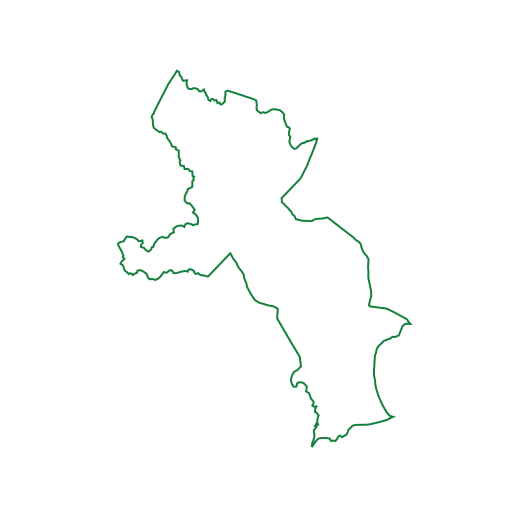 outline of Camaquã, Rio Grande do Sul, Brazil, rotated 346°
{"feature_id": "56859067B61362337582377", "entity_name": "Camaquã", "entity_type": "district", "adm_level": 2, "iso_a3": "BRA", "parent_name": "Brazil", "parent_adm1": "Rio Grande do Sul", "projection": "natural_earth1", "projection_center": [-51.838, -30.928], "detail": "fine", "context": "isolated", "style": "outline", "palette": "green", "viewbox_px": 512, "rotation_deg": 346, "n_neighbors": 0, "source": "geoboundaries", "source_scale": "gbopen_adm2", "svg_char_len": 4958}
<svg xmlns="http://www.w3.org/2000/svg" viewBox="0 0 512 512"><g transform="rotate(346 256 256)"><path d="M131.9,244.7L133.1,244.0L136.7,243.4L137.4,241.5L140.4,241.7L142.8,243.7L145.5,246.8L146.1,251.2L147.3,252.9L149.2,252.9L152.6,254.8L154.9,254.6L158.2,252.9L162.6,249.3L163.7,250.1L165.7,250.5L168.3,249.1L170.0,249.1L171.4,250.5L171.9,252.7L174.3,253.3L180.7,253.1L184.0,253.5L186.0,254.7L187.0,253.1L188.8,252.7L192.0,255.2L192.3,257.5L193.1,258.8L195.9,258.7L196.5,260.1L198.1,261.4L200.2,262.0L204.4,264.4L231.7,247.1L233.3,253.2L235.5,258.1L235.5,259.9L236.4,263.2L238.1,266.7L239.5,270.9L239.1,274.4L240.0,279.6L239.9,284.3L241.9,291.8L244.1,298.2L247.5,301.9L256.2,307.0L260.8,309.1L264.4,312.5L261.4,321.6L269.9,350.9L274.1,364.4L273.8,366.5L273.2,372.3L273.0,374.0L268.7,376.6L265.1,377.6L263.3,379.2L262.0,380.8L259.9,384.5L259.7,388.5L260.9,391.9L263.2,392.5L264.3,391.6L264.8,389.9L266.3,389.0L268.1,389.1L270.0,389.8L271.7,391.2L273.7,394.7L271.9,399.5L274.4,402.1L274.9,407.8L276.5,411.1L276.2,412.9L274.5,414.6L275.5,416.0L278.2,416.7L276.2,419.2L275.6,421.6L277.0,422.9L278.2,425.9L277.0,427.3L275.2,431.9L275.4,434.1L274.0,433.2L272.3,435.2L274.0,435.4L272.7,437.2L270.2,438.7L269.6,440.8L269.4,444.2L267.0,449.0L265.5,450.7L264.0,454.9L268.4,450.8L271.6,448.6L273.5,448.2L279.6,449.3L283.4,451.1L283.9,453.5L286.0,453.7L288.1,454.7L290.4,453.3L291.7,451.3L294.1,450.6L295.7,452.6L298.1,451.9L300.0,451.3L301.2,450.6L302.5,448.9L303.7,447.0L305.4,446.0L308.7,444.0L311.8,444.0L323.6,446.7L331.1,447.0L342.6,446.8L350.1,445.2L347.5,443.8L346.1,441.6L345.4,440.0L344.7,438.3L342.6,430.7L341.0,421.9L340.5,413.6L340.8,408.9L341.5,404.9L341.6,400.5L342.5,396.6L347.4,381.1L349.0,379.0L350.0,376.6L352.2,373.7L359.6,369.3L367.0,368.4L368.8,367.4L371.2,368.2L375.4,367.6L381.2,359.5L383.2,358.4L385.4,358.0L387.4,358.7L389.4,359.2L388.4,357.6L387.1,353.9L380.6,347.8L371.9,340.1L369.7,338.5L354.6,332.6L353.6,331.0L358.2,322.5L359.3,317.2L359.3,314.1L359.5,310.8L359.6,307.7L359.7,304.5L360.5,301.4L361.2,298.8L361.7,296.5L361.9,294.5L362.9,291.2L364.3,286.7L364.0,284.7L363.2,282.1L361.9,280.0L360.8,276.4L360.5,273.7L360.5,269.8L359.4,267.4L356.5,264.3L354.8,261.3L348.3,253.1L335.7,237.1L334.7,235.9L328.9,235.7L326.9,235.2L325.4,234.9L323.6,234.8L321.6,234.7L318.4,235.7L315.6,234.7L313.3,234.1L309.2,232.9L307.5,232.0L303.6,229.9L303.0,226.5L301.3,224.1L301.0,221.7L300.0,220.0L299.0,217.8L297.2,214.9L294.1,209.9L294.7,207.8L294.7,206.1L305.6,199.3L307.5,198.1L314.4,193.8L318.2,191.3L327.5,180.6L332.1,174.0L334.3,171.2L342.0,160.3L344.2,156.2L342.5,157.3L341.2,156.2L337.6,157.2L336.1,157.0L334.6,157.4L333.1,156.8L331.8,157.6L329.8,157.9L327.5,157.7L322.3,160.6L320.6,161.5L318.9,161.2L317.4,159.3L316.5,157.0L315.9,153.9L316.9,150.9L318.2,148.8L317.2,146.7L318.2,143.4L319.7,140.6L319.0,139.1L317.3,138.0L317.0,136.2L316.5,132.2L316.5,128.3L317.6,125.6L316.5,123.0L314.4,120.3L309.2,117.9L306.1,117.7L301.8,119.3L299.3,119.3L298.0,118.3L294.9,118.4L292.0,114.7L292.6,111.5L293.4,109.5L293.8,105.1L291.7,103.3L269.3,89.1L267.8,88.7L266.1,89.3L265.0,93.2L263.7,95.4L263.3,98.3L261.7,99.5L259.5,100.7L258.0,100.0L257.7,98.3L255.6,98.3L255.3,95.2L253.3,95.1L252.5,93.5L250.8,92.9L249.2,94.5L247.7,93.3L247.6,90.4L246.7,87.6L246.4,85.3L245.8,83.6L245.7,81.8L243.0,83.0L240.6,82.3L239.8,80.0L238.7,79.1L235.9,78.0L234.0,78.5L232.0,78.0L230.5,76.6L230.2,73.2L230.8,70.2L231.6,68.8L227.5,68.3L226.7,63.6L225.7,62.4L225.9,58.9L224.2,57.1L221.3,59.9L212.7,67.8L199.9,82.4L192.4,91.1L191.6,92.8L190.1,93.5L188.3,96.0L188.8,98.3L188.1,102.1L187.8,105.0L187.8,106.8L189.0,108.5L192.1,112.3L193.8,112.4L195.8,114.9L197.8,115.3L198.5,118.1L198.2,119.8L199.4,122.3L200.7,126.3L201.2,129.4L203.1,130.4L204.5,131.2L204.0,133.0L206.5,135.0L205.9,138.0L205.0,141.1L205.8,145.0L204.6,146.4L204.6,149.9L207.8,151.3L207.8,154.4L211.1,155.0L212.4,157.6L214.6,158.5L214.2,161.2L213.8,162.8L215.2,164.1L214.0,165.3L214.0,167.2L212.2,168.1L211.4,171.9L210.7,173.7L206.3,174.5L204.8,176.7L201.4,180.6L200.2,184.7L201.1,187.0L202.3,188.6L204.1,188.6L205.7,191.4L206.5,193.1L207.7,196.5L205.3,198.5L207.2,200.6L208.6,203.4L208.8,205.6L208.2,208.4L207.1,211.0L204.1,210.6L202.3,211.0L201.3,209.7L197.8,207.7L195.5,207.9L193.4,210.4L192.0,208.8L189.5,208.0L185.9,208.0L182.4,209.7L182.0,213.2L177.9,214.0L175.7,216.3L174.5,216.8L171.1,216.0L170.0,214.7L166.8,215.1L164.7,216.1L162.6,217.6L160.5,219.3L158.5,222.3L157.0,222.3L156.2,223.8L154.4,225.1L152.6,225.6L150.7,223.8L149.1,220.8L146.5,219.5L147.2,217.3L149.3,215.9L149.5,213.5L145.7,213.3L144.9,211.3L142.7,209.2L140.4,207.6L138.3,207.1L135.5,205.8L133.0,207.7L131.3,209.8L129.8,209.6L126.1,210.0L124.9,211.0L125.2,213.0L125.9,215.8L127.0,219.7L127.1,221.8L127.5,223.6L126.5,224.7L127.6,226.9L126.2,227.9L124.4,228.8L122.6,230.7L123.7,231.8L124.6,233.3L124.9,235.2L124.9,237.2L125.4,238.8L127.0,240.6L128.1,242.7L129.3,242.2L130.9,243.1L131.9,244.7Z" fill="none" stroke="#15803d" stroke-width="2"/></g></svg>